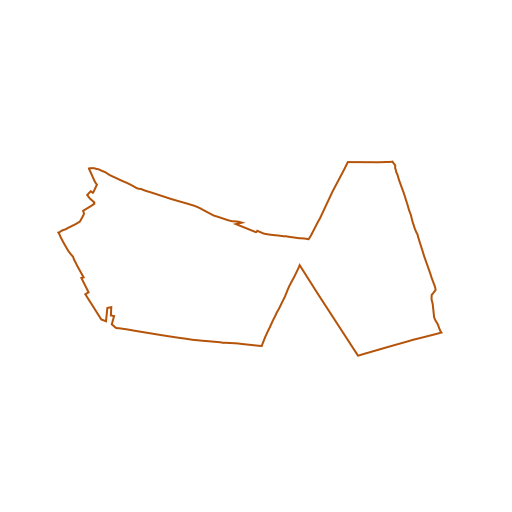 outline of Ghercesti, Dolj, Romania, rotated 59°
{"feature_id": "2599482B76093659633091", "entity_name": "Ghercesti", "entity_type": "district", "adm_level": 2, "iso_a3": "ROU", "parent_name": "Romania", "parent_adm1": "Dolj", "projection": "natural_earth1", "projection_center": [23.894, 44.373], "detail": "fine", "context": "isolated", "style": "outline", "palette": "amber", "viewbox_px": 512, "rotation_deg": 59, "n_neighbors": 0, "source": "geoboundaries", "source_scale": "gbopen_adm2", "svg_char_len": 4120}
<svg xmlns="http://www.w3.org/2000/svg" viewBox="0 0 512 512"><g transform="rotate(59 256 256)"><path d="M243.4,413.8L245.7,413.0L247.8,410.1L251.6,405.4L253.7,402.9L256.9,399.3L271.5,382.1L278.5,373.8L288.0,362.3L288.2,361.9L289.3,360.6L290.0,359.7L292.0,357.3L294.5,354.3L295.5,353.1L298.7,348.7L301.7,344.7L304.8,340.3L306.5,338.0L309.9,333.3L311.6,331.0L313.4,329.0L314.5,327.1L321.1,317.3L324.7,312.7L328.9,307.1L334.2,300.1L336.1,297.5L334.2,295.1L331.6,291.7L330.0,289.6L327.0,285.2L326.0,283.7L323.7,280.0L322.9,279.0L322.7,278.8L321.9,277.5L320.1,274.9L316.7,269.5L315.3,267.6L313.6,264.5L312.7,263.0L311.8,261.5L310.3,259.3L307.1,254.3L306.3,253.1L305.8,252.1L304.3,250.4L303.7,249.4L301.8,247.0L299.1,243.2L297.1,240.0L293.5,233.9L288.7,226.5L287.0,224.1L286.4,223.3L290.4,223.2L320.0,222.5L394.0,219.9L396.1,211.7L401.4,191.7L407.5,169.3L408.6,164.9L411.5,155.5L412.1,153.5L415.5,142.2L416.5,138.7L416.8,137.6L417.1,136.5L415.1,136.6L412.4,136.2L408.0,135.3L403.9,135.4L400.2,134.9L398.0,133.8L396.4,133.1L393.2,131.6L391.6,130.9L389.2,129.7L387.1,128.9L385.2,128.4L383.3,127.7L382.3,127.0L380.9,126.2L380.3,125.8L379.9,125.4L379.7,125.2L379.6,124.8L379.4,123.9L378.8,122.6L378.2,120.9L378.0,120.3L377.8,119.8L377.5,119.5L375.7,118.8L374.0,118.3L372.3,118.0L367.9,117.2L365.1,116.7L361.1,115.7L349.2,113.3L342.8,112.0L336.9,110.5L334.2,109.9L331.3,109.2L327.8,108.4L325.6,107.8L323.6,107.4L322.1,106.9L320.9,106.5L319.3,106.4L317.5,106.3L315.3,105.9L313.9,105.7L313.0,105.5L312.3,105.4L311.6,105.1L310.7,104.9L309.7,104.7L308.9,104.6L304.3,103.3L300.6,102.1L295.5,101.2L290.7,99.9L278.6,97.0L264.6,94.3L262.0,93.6L258.9,92.8L258.0,92.7L256.3,92.6L255.1,92.1L254.2,91.8L252.6,91.6L251.1,90.7L250.1,90.0L249.7,90.0L249.4,90.0L248.9,90.1L248.0,90.2L247.1,90.3L246.0,90.5L245.4,90.4L244.7,92.1L242.1,96.7L240.1,100.3L238.4,103.3L235.7,107.7L225.6,124.3L222.8,128.9L227.0,135.5L229.7,139.9L240.2,157.3L256.7,181.8L258.7,185.4L265.9,197.0L267.1,199.0L268.7,202.3L266.6,204.7L264.9,206.9L264.7,207.3L263.0,209.8L256.8,217.5L255.1,219.5L254.4,220.2L253.8,221.5L250.9,225.2L249.8,226.5L247.4,229.8L244.6,233.4L242.0,236.5L241.0,237.6L240.0,238.4L238.6,239.4L235.4,241.7L235.1,241.9L235.3,242.2L235.5,242.4L235.5,242.7L235.6,243.2L235.6,243.6L235.4,243.9L218.3,256.8L220.1,251.0L218.7,252.3L217.7,253.2L216.2,255.2L213.8,258.7L210.4,262.0L203.2,268.1L199.7,271.3L190.1,277.1L188.3,278.2L186.5,279.2L185.3,280.0L184.1,280.8L182.7,281.9L181.1,283.0L180.1,284.0L178.8,285.2L176.3,287.4L168.6,294.6L163.4,299.4L146.2,314.3L144.0,316.4L143.5,316.8L142.2,317.9L141.1,318.8L139.9,319.6L139.7,319.7L139.5,319.8L139.0,320.5L138.3,321.5L137.6,322.2L136.8,323.0L135.8,323.7L133.8,324.7L130.3,326.8L126.8,329.0L125.1,330.3L123.2,331.7L119.8,334.0L116.2,336.4L113.9,338.0L113.1,338.5L112.7,338.8L112.4,339.0L111.5,339.6L109.8,340.5L108.0,341.3L107.0,341.8L106.3,342.2L105.0,343.2L103.2,344.6L101.8,345.4L100.4,346.5L98.9,348.2L97.4,349.5L96.0,351.7L95.5,352.7L95.2,353.4L94.9,354.1L95.0,354.2L98.9,354.6L105.4,355.4L108.8,355.8L111.3,355.8L112.9,355.6L117.6,362.6L117.8,363.3L115.4,364.3L116.0,366.6L116.6,368.7L116.8,369.3L117.5,369.2L119.2,369.0L121.2,368.8L121.7,368.6L123.0,368.2L126.7,367.0L127.0,367.6L128.0,367.7L128.0,368.1L128.2,371.6L128.2,377.9L128.2,379.2L128.2,380.2L128.2,380.9L129.1,381.1L130.4,381.4L131.0,381.6L131.5,382.1L132.0,382.8L132.7,383.9L133.7,385.6L134.9,387.7L135.6,388.9L135.8,389.5L135.8,390.1L135.8,390.9L135.8,392.0L135.8,393.4L135.7,395.5L135.7,396.2L135.7,396.3L135.5,397.1L135.4,399.0L135.4,399.7L135.3,400.7L135.2,401.4L135.1,402.3L135.1,402.6L135.1,403.3L135.1,404.2L135.1,405.0L135.1,405.4L134.9,406.0L134.8,406.6L134.6,407.3L134.5,407.6L134.5,408.1L134.3,408.5L134.2,408.8L134.3,409.1L134.3,410.2L134.4,413.1L134.3,413.3L135.4,413.3L136.5,413.4L137.8,413.5L139.6,413.8L145.1,414.1L155.0,414.3L158.5,413.9L162.5,413.2L165.1,413.8L167.1,413.9L167.5,413.9L172.2,414.3L177.4,414.5L183.8,414.7L185.5,414.8L184.9,417.0L200.9,418.2L200.9,422.0L230.7,421.3L234.7,418.2L224.0,410.2L225.3,406.4L232.2,411.0L234.4,408.6L240.3,414.8L243.4,413.8Z" fill="none" stroke="#b45309" stroke-width="2"/></g></svg>